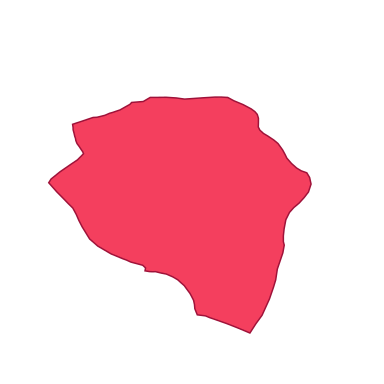 outline of Saniuta, Tuvalu, rotated 220°
{"feature_id": "33948139B55314492398689", "entity_name": "Saniuta", "entity_type": "district", "adm_level": 2, "iso_a3": "TUV", "parent_name": "Tuvalu", "parent_adm1": "", "projection": "robinson", "projection_center": [178.686, -7.494], "detail": "fine", "context": "isolated", "style": "filled", "palette": "rose", "viewbox_px": 384, "rotation_deg": 220, "n_neighbors": 0, "source": "geoboundaries", "source_scale": "gbopen_adm2", "svg_char_len": 1551}
<svg xmlns="http://www.w3.org/2000/svg" viewBox="0 0 384 384"><g transform="rotate(220 192 192)"><path d="M57.0,121.2L58.4,132.3L59.1,142.6L63.9,159.8L68.4,171.5L71.4,178.5L77.1,187.8L83.3,203.8L87.2,210.6L90.1,212.7L93.8,217.1L97.7,222.9L102.3,231.1L104.2,239.0L104.0,245.6L102.8,252.4L102.5,259.8L102.8,266.9L105.9,274.6L111.2,278.7L116.4,280.5L122.0,278.4L127.3,277.6L134.1,277.8L141.1,278.9L144.9,280.6L149.7,282.5L157.2,284.4L162.7,284.4L170.0,283.6L174.8,282.8L179.8,283.0L183.0,284.4L185.6,287.7L188.5,291.2L191.9,293.4L195.5,294.0L200.1,293.7L209.0,291.8L218.6,288.8L225.4,287.4L230.9,283.3L235.7,279.2L243.2,272.1L257.4,258.4L264.4,254.0L272.6,248.0L274.7,246.2L278.3,243.1L284.8,237.6L287.5,230.0L295.8,221.8L295.9,219.2L297.7,214.5L299.9,208.6L302.1,205.0L303.9,202.0L305.7,199.4L308.0,194.8L310.6,191.2L312.8,188.2L315.7,185.5L327.0,167.1L324.8,165.2L323.0,163.2L320.4,161.4L317.5,159.2L315.9,158.3L314.0,156.7L311.2,155.2L307.5,154.3L304.2,153.3L301.6,152.6L299.7,151.6L300.4,143.0L302.5,135.7L306.1,122.6L308.3,111.3L307.7,107.0L295.7,105.2L287.0,104.4L279.4,103.6L273.0,103.1L266.2,100.4L260.4,97.5L253.7,94.7L240.2,90.2L229.3,90.0L214.1,92.6L201.8,96.5L198.6,97.7L193.8,99.0L188.7,101.4L182.7,104.2L178.8,104.0L177.3,101.4L173.4,103.7L170.9,105.6L168.8,107.5L163.5,110.1L159.0,112.6L152.3,114.6L146.5,115.6L142.0,115.4L137.7,115.3L134.2,114.4L128.3,113.0L124.1,111.3L121.1,110.0L117.8,107.4L114.8,104.4L109.0,101.3L102.0,105.8L97.8,107.1L81.2,113.4L70.5,117.0L57.0,121.2Z" fill="#f43f5e" stroke="#9f1239" stroke-width="1.5"/></g></svg>